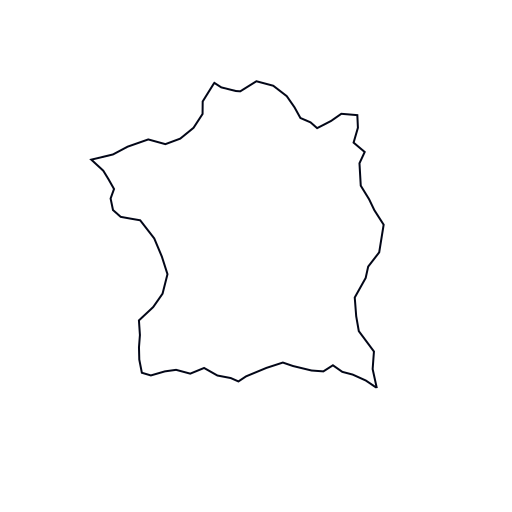 outline of Kidasi, Paphos, Cyprus, rotated 152°
{"feature_id": "46923920B63387456593082", "entity_name": "Kidasi", "entity_type": "district", "adm_level": 2, "iso_a3": "CYP", "parent_name": "Cyprus", "parent_adm1": "Paphos", "projection": "robinson", "projection_center": [32.711, 34.815], "detail": "fine", "context": "isolated", "style": "outline", "palette": "ink", "viewbox_px": 512, "rotation_deg": 152, "n_neighbors": 0, "source": "geoboundaries", "source_scale": "gbopen_adm2", "svg_char_len": 1134}
<svg xmlns="http://www.w3.org/2000/svg" viewBox="0 0 512 512"><g transform="rotate(152 256 256)"><path d="M211.9,83.9L211.1,83.6L206.1,101.4L196.7,116.3L200.5,141.4L195.8,155.8L188.3,173.0L169.5,185.1L161.9,194.0L145.5,201.4L128.6,223.7L130.0,240.9L129.5,253.0L130.5,268.9L121.1,289.3L111.2,296.8L116.6,310.3L105.8,321.4L100.4,332.8L113.9,341.5L126.4,340.0L142.0,340.2L145.1,348.4L152.0,357.0L152.2,369.2L153.8,382.7L160.5,397.5L160.9,398.3L173.6,410.1L192.6,408.8L196.3,411.1L207.5,421.2L211.5,428.4L212.9,427.7L230.5,417.5L236.5,406.5L251.0,398.5L267.8,395.2L283.5,397.3L296.4,409.5L318.0,412.8L334.6,412.8L356.2,418.4L350.8,403.0L350.2,393.1L349.9,381.8L354.0,378.1L357.4,375.0L360.7,363.7L357.1,354.1L350.0,348.5L341.5,341.9L337.6,319.3L339.4,299.7L342.7,281.5L356.2,266.6L370.7,259.2L389.6,254.1L395.6,240.7L402.2,230.3L407.7,219.3L411.6,206.5L404.9,199.9L390.6,196.9L380.0,193.0L369.3,183.0L354.4,181.5L346.2,168.6L335.6,160.1L330.4,153.5L321.3,154.4L299.3,152.3L282.3,149.3L275.0,141.5L260.7,128.8L250.7,122.5L239.4,123.4L234.2,113.2L226.3,105.9L217.5,94.5L211.9,83.9Z" fill="none" stroke="#020617" stroke-width="2"/></g></svg>